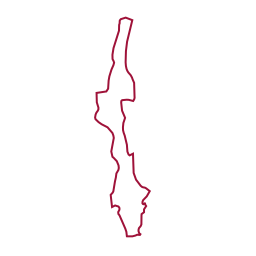 the border of Bogota, rotated 158°
{"feature_id": "COL-1399", "entity_name": "Bogota", "entity_type": "Federal District", "adm_level": 1, "iso_a3": "COL", "parent_name": "Colombia", "parent_adm1": "", "projection": "albers", "projection_center": [-74.191, 4.255], "detail": "fine", "context": "isolated", "style": "outline", "palette": "rose", "viewbox_px": 256, "rotation_deg": 158, "n_neighbors": 0, "source": "natural_earth", "source_scale": "10m", "svg_char_len": 1624}
<svg xmlns="http://www.w3.org/2000/svg" viewBox="0 0 256 256"><g transform="rotate(158 128 128)"><path d="M144.0,172.3L134.4,170.0L131.7,171.9L128.2,179.2L125.9,182.9L121.4,188.4L118.0,191.7L116.4,193.8L116.3,195.6L116.5,197.7L115.0,201.7L111.5,207.5L99.9,221.6L97.6,226.9L96.4,228.4L96.1,229.3L95.3,230.8L93.9,231.6L88.8,231.2L83.6,226.4L96.5,208.4L101.1,200.1L105.6,189.8L106.7,186.3L107.2,183.4L107.2,181.3L106.9,179.4L105.7,175.9L105.4,173.2L105.5,171.4L105.4,167.6L110.6,153.5L111.5,152.3L113.1,151.1L116.7,153.8L118.6,154.7L123.0,156.0L124.1,155.5L124.8,154.1L127.0,146.3L126.9,138.5L130.4,134.4L132.4,130.6L133.4,127.9L133.8,125.1L133.9,122.2L135.3,112.9L137.4,106.3L137.4,103.2L136.7,102.0L133.0,102.3L139.6,84.2L139.9,77.1L137.9,69.7L136.9,67.9L135.7,67.0L134.7,66.4L133.8,65.3L131.5,61.3L136.2,57.6L140.9,55.5L142.0,54.4L142.8,52.9L142.7,52.1L142.3,51.6L141.5,51.7L140.8,51.9L140.5,51.7L140.6,50.9L140.7,50.3L140.4,48.8L143.6,46.6L144.7,43.9L147.6,43.1L148.1,42.2L151.7,33.6L153.0,32.3L155.4,31.0L156.4,29.6L156.9,28.4L157.0,26.4L156.8,25.7L156.3,24.9L157.0,24.4L159.5,25.6L161.3,25.5L164.5,25.9L169.6,28.0L168.4,32.4L168.2,35.7L168.6,50.2L169.1,51.9L168.6,53.7L166.9,55.1L166.2,56.1L165.9,57.4L166.3,58.8L169.0,61.0L172.4,60.7L169.1,72.5L166.4,73.8L165.3,74.8L160.0,83.5L157.9,86.5L155.8,90.2L152.6,92.7L151.5,94.4L150.8,96.8L150.8,101.4L152.5,105.8L153.2,107.1L152.3,112.5L144.9,124.1L144.4,126.5L144.3,129.2L146.7,136.3L151.0,141.3L153.1,144.5L154.8,148.3L154.6,150.0L153.0,152.6L151.5,154.1L149.7,155.2L148.5,156.3L147.8,157.9L147.3,163.5L144.0,172.3Z" fill="none" stroke="#9f1239" stroke-width="2"/></g></svg>